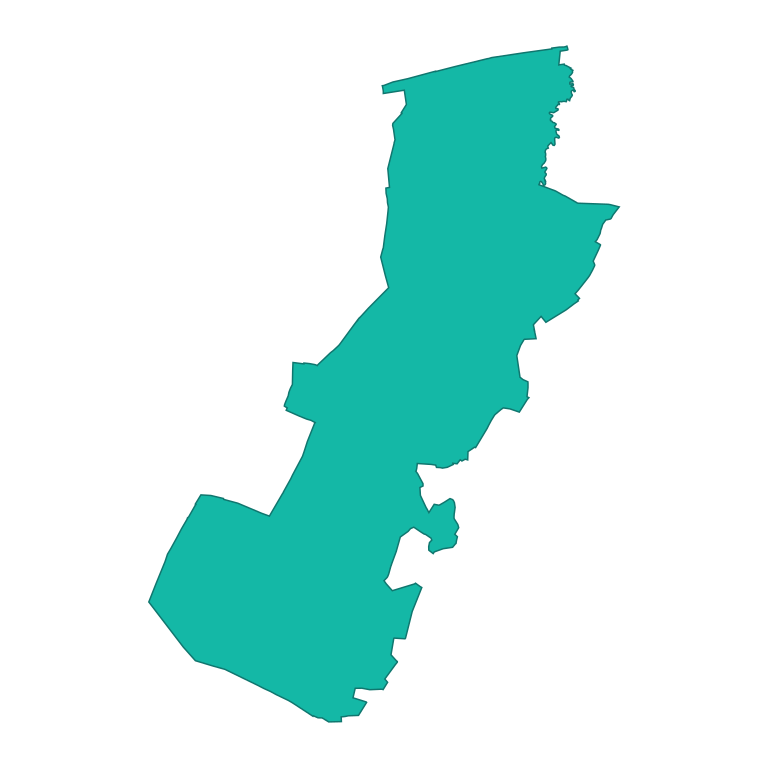 Svētes pag., Jelgava, Latvia (orthographic projection)
{"feature_id": "27541924B49757256215349", "entity_name": "Svētes pag.", "entity_type": "district", "adm_level": 2, "iso_a3": "LVA", "parent_name": "Latvia", "parent_adm1": "Jelgava", "projection": "orthographic", "projection_center": [23.649, 56.562], "detail": "fine", "context": "isolated", "style": "filled", "palette": "teal", "viewbox_px": 768, "rotation_deg": 0, "n_neighbors": 0, "source": "geoboundaries", "source_scale": "gbopen_adm2", "svg_char_len": 6028}
<svg xmlns="http://www.w3.org/2000/svg" viewBox="0 0 768 768"><path d="M293.0,362.5L292.7,369.9L292.4,384.5L290.6,388.0L289.9,389.7L288.9,392.4L288.2,395.9L285.9,401.2L284.6,404.6L284.3,406.1L287.2,407.9L286.2,410.3L299.8,416.3L306.7,419.1L310.9,420.3L315.2,422.6L314.6,423.3L307.4,441.4L304.1,451.7L302.5,456.3L292.5,475.1L290.8,478.7L283.3,492.2L283.4,492.5L282.6,493.5L269.4,516.1L261.7,513.3L237.8,503.2L223.7,499.4L223.5,498.5L210.9,495.5L200.9,494.9L195.3,504.1L195.8,504.6L195.6,504.7L188.6,517.0L187.6,517.7L187.3,518.3L187.5,518.5L181.5,528.8L176.7,537.9L170.8,548.6L167.5,554.2L165.1,561.5L155.9,584.0L148.8,602.0L183.4,647.2L195.4,660.7L213.3,666.1L224.8,669.3L257.5,685.2L263.9,688.5L270.1,691.3L276.4,694.7L288.3,700.4L292.1,702.6L313.0,716.3L313.3,715.8L318.0,717.8L322.1,717.9L328.7,721.9L341.4,721.6L341.2,716.9L345.0,716.5L348.3,715.8L358.5,715.4L366.6,702.4L366.1,701.9L353.0,697.8L355.2,688.3L361.8,688.2L369.8,689.7L381.1,689.2L382.3,689.3L383.1,689.6L387.6,682.3L384.8,679.0L395.0,665.1L397.3,662.2L397.3,661.5L397.0,661.5L391.0,654.8L393.8,638.3L394.3,638.1L405.0,638.8L405.5,638.2L412.2,611.5L421.8,587.5L420.2,586.6L415.5,583.2L414.6,583.9L392.3,590.7L386.2,583.8L384.0,580.7L387.0,577.6L387.6,576.7L388.7,574.0L390.9,566.0L391.1,565.7L391.8,563.5L396.4,551.0L396.4,550.8L400.3,537.0L408.1,531.4L410.5,528.6L413.8,527.2L421.2,532.2L424.2,534.1L425.4,534.3L431.0,538.1L431.8,540.1L429.5,542.5L428.7,546.6L428.8,550.0L428.9,550.3L433.2,553.6L434.3,551.9L443.2,548.7L452.6,547.3L455.4,543.9L456.0,543.5L456.5,540.5L457.4,536.7L454.8,534.3L458.7,527.7L457.8,524.5L454.1,518.6L454.0,517.1L454.2,513.8L454.4,512.8L455.1,507.4L454.4,502.6L453.4,500.5L452.6,499.6L450.0,498.6L444.2,502.3L439.5,505.0L438.9,505.2L434.2,504.3L428.9,512.6L426.6,508.3L426.3,508.0L420.4,495.4L419.9,487.5L423.0,486.0L423.0,483.7L417.6,473.6L415.8,471.2L416.1,471.0L416.7,468.6L417.3,463.5L431.1,464.4L435.7,465.1L436.5,467.4L440.2,467.6L442.5,468.1L447.3,467.3L453.2,464.5L452.9,463.3L457.1,463.8L460.2,459.8L461.9,461.0L465.2,459.2L467.7,459.9L468.0,451.6L474.4,447.3L474.7,447.3L475.6,447.6L487.2,428.3L488.5,425.6L491.3,420.4L494.0,416.0L494.9,414.7L501.0,409.5L503.3,407.9L510.0,408.9L519.3,412.1L527.4,399.3L528.9,397.7L527.0,396.7L528.0,387.7L528.0,383.2L527.9,381.8L523.0,379.6L520.0,377.2L516.8,355.6L520.5,345.5L524.0,339.6L524.4,339.3L536.1,338.7L535.2,334.2L534.3,330.4L534.5,330.5L533.4,324.8L533.7,324.4L541.1,316.4L545.9,322.3L566.2,309.8L573.7,304.1L578.3,300.9L577.8,300.0L579.5,298.4L578.6,297.4L576.1,294.9L575.1,293.7L578.2,290.2L582.4,284.9L587.9,277.9L589.6,275.5L592.5,270.2L594.5,266.0L594.7,265.4L594.7,264.9L594.6,264.5L593.2,261.1L598.5,249.8L600.4,245.3L600.5,244.9L600.3,244.6L595.3,241.7L597.1,239.6L599.9,234.0L600.2,233.2L600.8,229.8L601.3,228.8L602.7,224.3L605.8,220.0L610.2,219.1L611.1,218.5L612.7,215.5L613.4,214.4L619.2,206.9L610.1,204.6L608.2,204.3L577.7,203.2L565.3,196.1L563.0,195.2L555.6,191.0L538.9,184.7L539.1,184.0L539.7,183.4L539.7,182.2L540.4,181.4L540.8,181.4L541.3,181.6L542.5,183.1L543.4,185.0L544.1,185.2L544.9,184.9L545.4,184.2L545.6,183.5L545.5,182.1L545.0,180.7L545.4,180.8L545.1,180.0L544.6,179.3L544.3,178.6L544.7,177.1L546.2,174.9L546.2,174.3L546.1,173.7L545.0,172.6L544.9,172.1L545.0,171.6L546.7,168.9L546.9,168.5L546.6,167.7L545.7,167.1L541.9,168.1L541.5,166.7L542.4,164.7L544.2,163.1L545.5,160.9L545.8,160.0L545.8,158.4L545.3,156.5L545.6,155.9L545.7,154.0L545.5,152.9L545.1,152.5L545.3,150.9L545.5,150.3L546.2,149.1L546.6,148.8L548.3,148.1L547.8,146.8L548.0,145.7L551.0,142.6L553.1,145.3L554.3,145.4L555.0,144.2L554.6,138.5L554.8,138.0L555.6,137.4L556.3,137.3L558.6,138.1L558.9,138.0L559.4,137.3L559.1,136.3L558.7,135.6L557.5,134.9L556.7,134.1L556.0,131.6L556.0,130.9L556.2,130.3L556.5,129.9L557.3,129.9L558.2,130.3L558.8,130.3L559.0,130.0L558.5,129.1L555.3,128.3L554.8,127.7L554.6,126.5L555.8,125.0L556.2,124.1L554.5,122.8L552.8,122.4L551.8,121.1L550.9,120.8L550.6,120.6L550.4,120.1L550.7,119.4L550.4,119.1L550.7,118.3L551.0,117.5L551.4,117.4L552.6,116.4L552.7,115.6L552.6,115.4L552.2,115.1L551.6,114.9L549.9,114.0L549.3,113.2L549.3,112.9L549.8,112.2L550.7,112.2L553.7,112.7L557.9,110.2L558.1,109.8L558.1,109.0L557.7,108.7L556.6,108.5L556.3,108.6L555.8,108.4L555.7,108.1L555.7,107.7L555.9,107.2L556.5,106.2L557.5,105.4L557.7,104.7L558.1,104.3L559.3,104.5L559.5,104.2L559.4,103.8L558.4,102.3L558.5,101.9L560.7,101.6L561.6,101.8L563.1,101.4L564.8,101.4L566.2,101.7L566.8,100.4L566.7,99.7L566.8,99.5L567.0,99.2L567.6,99.2L568.1,99.3L569.1,100.5L569.6,100.7L570.1,98.7L570.7,97.5L571.5,96.8L572.3,95.3L572.2,94.7L571.5,93.5L571.2,91.8L571.5,90.9L572.3,90.4L572.9,90.2L573.5,90.6L574.2,91.7L575.1,91.4L575.2,91.1L575.1,90.5L574.2,89.6L573.6,87.5L571.5,86.8L571.1,86.3L571.2,85.9L571.6,85.6L573.1,85.4L573.3,85.1L573.4,84.6L573.1,83.9L572.7,83.7L569.9,84.1L569.8,83.8L569.8,83.1L569.9,82.4L570.1,82.1L572.5,81.9L573.0,81.7L572.8,81.0L571.2,78.7L570.6,78.1L569.2,77.1L569.7,75.7L570.8,74.9L572.0,73.4L572.6,72.2L572.4,71.0L572.9,70.3L570.8,69.2L570.1,68.2L570.7,68.0L566.0,65.5L564.4,65.1L564.2,64.1L558.8,64.9L560.2,51.2L567.1,50.1L567.9,49.7L567.6,48.2L566.9,46.1L565.4,46.7L564.0,47.0L559.2,47.1L551.8,48.1L551.9,48.9L524.3,52.7L491.6,57.6L488.7,58.5L487.3,58.7L454.9,66.6L435.5,71.6L435.5,71.2L407.7,78.7L392.9,82.0L383.8,85.5L382.3,85.7L382.8,88.0L383.3,91.1L383.3,93.5L404.3,90.2L406.4,104.5L401.2,112.8L401.3,113.4L401.9,113.1L402.0,113.4L392.9,123.4L392.6,125.3L393.5,129.2L394.9,139.1L395.1,139.5L394.1,142.9L394.1,143.5L387.8,168.6L389.5,187.4L385.9,188.1L386.1,193.3L387.3,198.8L387.5,202.8L388.4,207.1L388.0,211.4L386.7,223.6L384.8,235.9L383.2,248.5L382.9,248.8L380.7,257.1L385.3,275.4L388.7,287.7L368.6,308.0L359.6,317.8L359.5,317.7L358.9,318.3L357.5,320.2L357.7,320.3L357.5,320.6L357.3,320.4L357.1,320.7L357.1,320.8L356.8,321.1L353.5,325.5L340.3,343.5L338.8,345.4L333.1,350.7L330.6,352.6L318.0,364.6L317.2,365.6L316.4,365.1L314.9,364.6L309.5,363.6L304.7,363.1L303.9,363.1L304.0,363.8L303.2,363.8L293.0,362.5Z" fill="#14b8a6" stroke="#0f766e" stroke-width="1.5"/></svg>